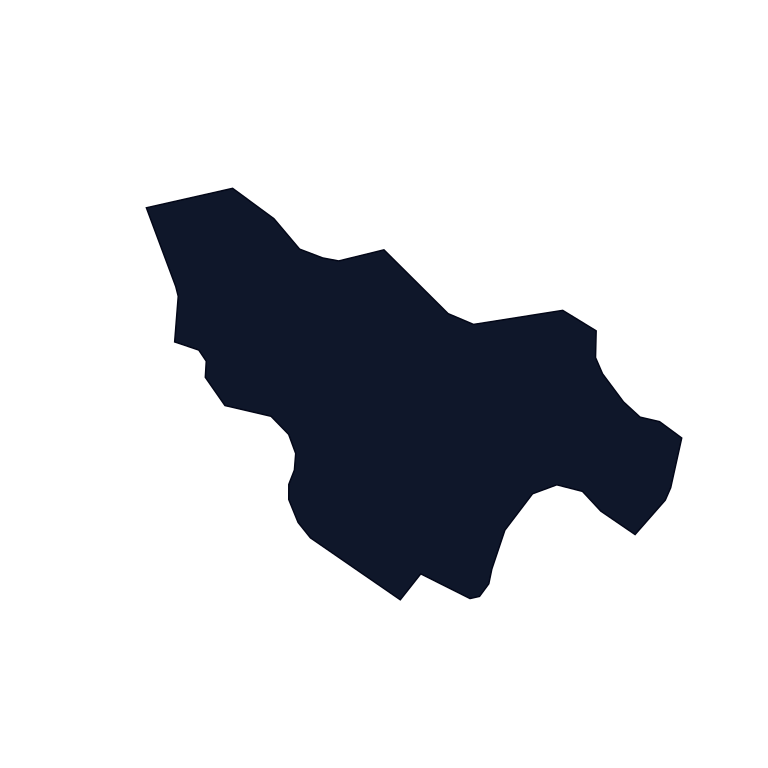 SVG path tracing the border of Žužemberk, rotated 216°
{"feature_id": "SVN-238", "entity_name": "Žužemberk", "entity_type": "Municipality", "adm_level": 1, "iso_a3": "SVN", "parent_name": "Slovenia", "parent_adm1": "", "projection": "natural_earth1", "projection_center": [14.926, 45.807], "detail": "fine", "context": "isolated", "style": "filled", "palette": "ink", "viewbox_px": 768, "rotation_deg": 216, "n_neighbors": 0, "source": "natural_earth", "source_scale": "10m", "svg_char_len": 732}
<svg xmlns="http://www.w3.org/2000/svg" viewBox="0 0 768 768"><g transform="rotate(216 384 384)"><path d="M578.1,295.0L602.0,334.0L609.8,340.5L679.8,386.9L621.5,453.3L570.1,453.0L531.6,443.5L507.8,449.9L493.0,456.9L462.9,492.5L373.5,478.6L346.6,484.8L282.7,548.6L243.6,551.7L228.4,529.7L213.2,520.7L179.8,510.3L157.4,507.7L138.9,515.5L111.4,515.3L91.1,468.6L88.2,455.4L92.4,409.8L133.8,408.6L160.3,413.8L185.0,404.0L199.3,382.5L200.3,336.8L188.0,297.7L181.8,284.0L181.9,268.3L188.3,261.0L242.7,252.0L244.0,219.0L353.1,216.3L372.1,221.5L393.2,234.6L402.0,246.8L405.9,261.7L414.6,275.9L431.5,287.2L456.4,291.5L500.0,273.1L532.5,284.4L541.2,298.0L553.8,302.6L578.1,295.0Z" fill="#0f172a" stroke="#020617" stroke-width="1.5"/></g></svg>